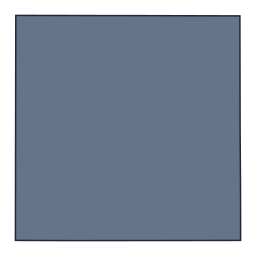 the district of Boone, Iowa, United States of America
{"feature_id": "52423323B40017288212337", "entity_name": "Boone", "entity_type": "district", "adm_level": 2, "iso_a3": "USA", "parent_name": "United States of America", "parent_adm1": "Iowa", "projection": "orthographic", "projection_center": [-93.897, 42.037], "detail": "fine", "context": "isolated", "style": "filled", "palette": "slate", "viewbox_px": 256, "rotation_deg": 0, "n_neighbors": 0, "source": "geoboundaries", "source_scale": "gbopen_adm2", "svg_char_len": 268}
<svg xmlns="http://www.w3.org/2000/svg" viewBox="0 0 256 256"><path d="M15.4,240.4L71.5,240.6L183.8,240.5L240.6,240.4L240.6,227.4L240.5,183.9L240.1,129.3L239.9,15.9L127.9,15.6L104.7,15.6L15.8,15.4L15.4,240.4Z" fill="#64748b" stroke="#1e293b" stroke-width="1.5"/></svg>